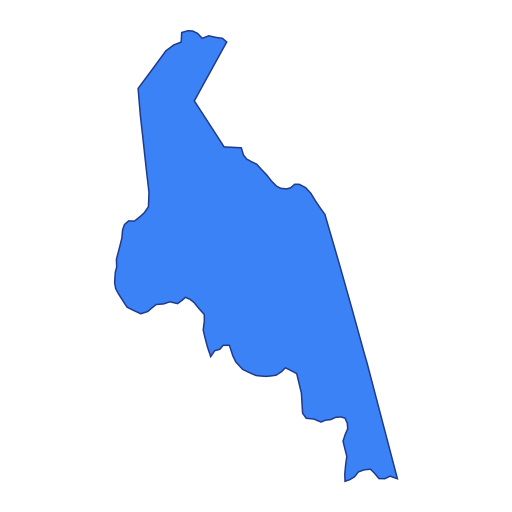 Capistrano, Ceará, Brazil
{"feature_id": "56859067B99249813136539", "entity_name": "Capistrano", "entity_type": "district", "adm_level": 2, "iso_a3": "BRA", "parent_name": "Brazil", "parent_adm1": "Ceará", "projection": "equal_earth", "projection_center": [-38.911, -4.467], "detail": "fine", "context": "isolated", "style": "filled", "palette": "blue", "viewbox_px": 512, "rotation_deg": 0, "n_neighbors": 0, "source": "geoboundaries", "source_scale": "gbopen_adm2", "svg_char_len": 1630}
<svg xmlns="http://www.w3.org/2000/svg" viewBox="0 0 512 512"><path d="M114.6,282.7L115.7,288.7L118.7,294.2L124.1,302.7L127.1,307.2L132.9,310.1L140.8,313.8L147.8,311.5L152.3,307.6L156.2,304.5L163.6,303.9L169.9,301.8L177.6,303.6L181.7,300.6L185.5,297.3L190.1,299.4L194.0,302.5L198.4,307.9L204.3,314.6L204.3,321.2L203.2,329.9L204.7,336.5L207.4,346.8L210.7,356.6L214.7,350.7L219.8,349.3L223.1,345.3L229.4,345.3L232.9,356.0L235.9,362.1L242.7,369.4L250.2,373.0L256.0,375.5L260.5,376.0L266.0,376.4L270.4,376.0L276.1,375.2L281.5,371.7L285.4,367.8L290.3,370.2L296.7,373.6L301.4,393.1L302.6,413.2L306.2,418.3L313.7,419.0L321.0,422.0L325.4,420.2L330.7,419.6L335.5,417.4L340.5,416.9L345.0,418.1L347.3,423.2L347.7,428.8L345.3,434.2L343.0,441.2L346.8,456.4L345.7,464.3L344.8,473.7L345.0,481.3L349.7,479.7L354.5,476.8L358.4,471.9L364.2,469.8L370.5,469.2L374.4,473.1L379.0,478.6L384.8,478.7L390.1,476.2L397.4,478.7L366.9,362.4L363.8,351.7L351.8,308.2L339.1,263.2L324.9,214.4L320.6,208.5L315.7,201.3L310.9,193.4L305.7,187.7L299.2,184.3L294.6,184.3L290.8,187.7L286.5,188.9L280.7,188.3L276.6,186.2L271.4,181.0L266.7,174.9L261.5,169.5L256.7,164.2L251.1,161.5L246.6,159.0L243.4,154.9L241.3,147.8L224.1,146.9L208.6,122.9L194.3,100.9L226.7,42.0L222.4,38.3L215.9,37.4L208.8,35.8L202.2,38.3L197.6,33.4L192.7,31.0L188.0,30.7L181.7,32.5L181.2,42.0L173.8,44.9L165.9,50.8L155.5,65.0L138.1,88.5L140.3,115.0L142.6,135.4L146.2,168.5L149.0,192.6L148.4,206.8L144.4,212.6L140.9,215.9L134.5,221.1L128.6,220.9L124.5,224.5L122.6,229.9L121.9,237.9L119.8,246.4L116.4,259.4L116.7,267.0L115.3,272.3L114.6,282.7Z" fill="#3b82f6" stroke="#1e3a8a" stroke-width="1.5"/></svg>